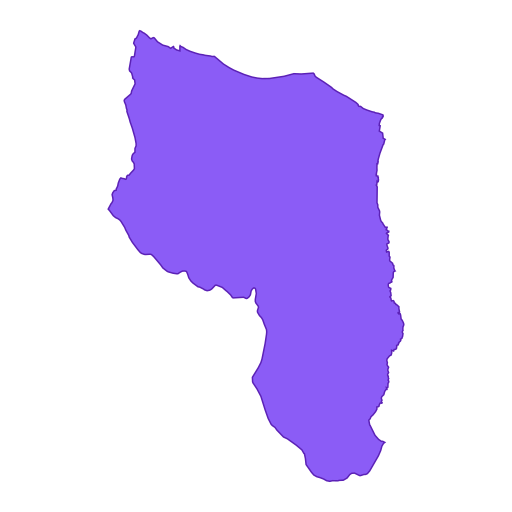 the district of Pidie Jaya, Aceh, Indonesia
{"feature_id": "22746128B77747107542596", "entity_name": "Pidie Jaya", "entity_type": "district", "adm_level": 2, "iso_a3": "IDN", "parent_name": "Indonesia", "parent_adm1": "Aceh", "projection": "equal_earth", "projection_center": [96.234, 5.105], "detail": "fine", "context": "isolated", "style": "filled", "palette": "violet", "viewbox_px": 512, "rotation_deg": 0, "n_neighbors": 0, "source": "geoboundaries", "source_scale": "gbopen_adm2", "svg_char_len": 6029}
<svg xmlns="http://www.w3.org/2000/svg" viewBox="0 0 512 512"><path d="M377.8,204.8L377.0,202.8L377.2,186.9L376.3,185.2L376.7,185.1L377.1,181.3L377.6,181.8L377.8,181.5L378.2,181.6L378.5,179.9L378.3,179.8L378.3,177.4L378.0,177.4L377.8,176.9L377.9,176.1L376.3,175.8L376.4,174.5L376.2,174.5L377.0,170.3L376.9,167.9L377.0,163.7L377.7,163.8L378.1,162.0L377.9,162.0L377.9,161.4L378.2,159.4L379.9,153.3L383.1,144.7L383.7,144.1L384.7,140.0L385.2,139.4L383.2,138.3L382.6,133.1L379.3,131.1L380.2,125.8L379.2,125.5L379.4,123.3L380.8,119.6L381.5,118.6L382.1,118.3L382.5,116.7L382.8,116.3L383.1,116.5L383.2,116.0L382.9,114.9L378.4,113.3L375.2,112.8L374.3,112.2L372.1,111.8L366.8,110.0L363.2,108.5L360.6,106.4L358.9,106.3L358.2,105.5L358.2,104.8L357.9,104.3L355.8,102.4L346.3,96.3L343.9,95.3L337.1,91.6L333.1,89.0L331.5,87.4L323.9,82.1L316.5,77.4L315.3,76.4L314.7,75.4L314.2,74.0L313.2,73.1L301.2,74.0L293.9,73.7L284.1,76.3L269.5,78.5L262.1,78.6L257.3,78.1L251.8,77.0L244.1,74.5L233.7,70.1L229.1,67.6L223.5,64.1L214.4,56.4L212.0,56.5L210.4,56.0L205.0,55.3L203.1,54.8L199.6,54.3L195.4,53.1L190.1,51.3L186.1,49.5L183.1,47.4L180.9,46.5L180.1,45.7L179.9,46.2L179.9,50.9L176.5,49.9L173.8,48.0L173.8,47.0L173.4,46.5L170.6,48.3L168.2,46.6L162.7,45.1L157.5,41.8L154.3,37.9L153.3,37.6L150.9,38.8L149.4,37.8L146.8,35.1L144.1,33.1L143.1,32.7L141.0,31.2L139.7,30.7L139.2,31.2L138.2,34.7L136.4,38.1L134.8,39.1L134.8,39.6L133.8,42.6L133.7,43.4L135.7,46.7L135.8,47.5L134.4,56.2L134.0,56.8L131.8,56.8L131.3,57.2L129.2,69.1L129.6,70.9L131.4,72.7L131.8,73.6L132.8,77.3L132.6,77.9L133.2,78.7L134.6,79.9L135.1,83.8L131.6,91.0L131.2,93.4L130.5,94.3L124.7,99.3L124.2,100.4L124.4,101.7L125.8,105.0L126.4,108.3L127.0,109.9L126.9,111.5L129.3,118.7L130.2,122.1L132.3,128.1L135.0,137.6L136.1,143.5L136.1,145.8L135.0,148.4L134.9,152.4L133.5,153.4L132.6,154.6L132.1,155.9L131.6,158.8L131.7,159.6L132.3,161.1L133.3,162.2L134.2,163.8L134.4,168.7L133.6,170.0L130.3,173.5L129.4,174.8L128.9,175.2L127.6,175.3L127.1,175.8L126.6,176.8L126.6,177.8L126.0,179.2L125.3,179.3L124.2,178.7L122.1,178.4L120.9,177.9L119.8,179.1L118.3,183.0L117.7,185.9L117.0,187.6L116.4,188.5L116.1,190.3L114.3,190.6L112.8,192.7L112.1,194.6L112.8,197.8L113.0,199.7L112.9,200.7L112.0,202.6L111.0,203.8L108.2,209.1L109.7,210.8L113.3,215.7L115.6,217.6L118.0,218.7L119.8,220.0L121.0,221.4L124.7,227.4L125.8,230.1L128.8,235.5L129.2,237.1L132.4,242.4L137.9,249.7L140.3,252.5L141.6,253.4L144.4,254.4L145.7,254.5L150.1,254.2L151.4,254.5L153.7,256.6L156.0,259.3L160.7,264.9L162.9,268.0L167.0,271.2L168.1,271.8L173.0,273.2L177.0,273.8L178.0,273.7L180.2,272.2L182.4,271.1L184.7,271.0L186.1,271.3L186.7,271.9L187.7,274.3L188.8,277.8L190.9,281.0L192.9,283.0L198.0,286.8L199.7,287.1L203.8,289.2L204.4,289.8L207.1,290.7L209.7,290.2L210.8,289.6L211.9,288.8L215.2,285.3L216.2,285.1L217.2,285.4L222.3,287.4L225.8,290.5L227.2,291.6L230.7,295.0L232.3,297.4L233.1,297.9L242.9,297.3L243.8,297.3L245.7,298.3L246.6,298.5L247.4,298.2L249.1,296.8L250.4,294.8L251.1,291.1L252.1,289.3L253.4,288.1L254.1,287.9L255.1,288.3L255.6,289.2L256.3,293.5L255.3,299.4L255.3,301.4L255.8,302.9L258.2,306.1L258.5,307.3L257.5,310.4L257.4,311.4L257.6,312.4L259.5,315.6L261.4,317.6L262.7,319.7L264.3,324.3L266.5,329.6L266.7,332.0L266.5,334.4L265.1,343.7L262.0,359.1L260.9,362.6L258.3,367.7L252.4,377.3L252.6,381.8L253.0,382.9L257.0,388.9L260.9,396.3L265.1,409.7L268.2,418.5L271.2,424.4L272.4,425.6L275.0,427.4L276.9,430.1L283.5,437.0L287.4,438.8L296.3,445.2L301.9,449.9L303.9,453.4L304.4,453.6L305.4,458.4L306.1,464.6L311.5,472.3L313.8,475.0L316.8,476.7L320.0,477.6L323.6,479.0L326.6,480.7L329.8,481.3L332.5,480.7L337.9,480.8L339.1,480.4L343.3,480.2L347.1,478.0L349.8,474.5L351.7,473.3L354.5,473.1L359.7,475.6L360.5,475.6L363.8,474.5L365.7,474.4L367.4,473.6L369.7,470.9L378.4,455.8L380.7,450.5L381.9,446.1L383.5,443.4L384.8,442.4L382.7,441.3L381.5,441.4L378.6,439.4L375.0,435.3L370.1,425.4L369.7,425.0L368.8,420.2L370.1,418.8L371.0,416.7L373.0,414.9L375.6,411.6L376.9,409.1L376.8,407.0L378.3,406.7L378.9,406.4L379.2,405.0L379.9,403.4L380.2,403.1L381.8,403.2L382.1,402.7L381.4,401.9L381.4,401.2L382.0,400.2L381.4,398.8L381.4,397.8L381.8,396.6L383.8,394.7L384.7,391.4L386.0,389.5L386.9,389.4L386.4,387.5L387.3,387.8L387.9,387.2L388.0,383.3L388.6,382.5L388.8,381.6L388.7,381.0L388.2,380.5L388.3,379.3L388.7,378.6L388.3,377.8L388.3,376.1L387.8,375.9L387.6,375.1L387.7,374.1L388.6,372.6L387.8,370.4L387.9,369.2L388.6,367.2L387.5,365.7L387.0,364.5L387.4,362.7L386.8,360.7L387.0,359.3L387.2,358.7L389.5,355.9L391.2,355.0L391.7,353.0L391.6,350.3L393.6,351.0L394.1,349.5L395.3,349.4L396.1,349.0L396.5,348.4L396.5,347.3L396.8,346.9L396.6,345.6L397.1,345.1L398.0,345.0L398.3,344.7L398.5,343.1L399.0,342.9L399.0,342.3L400.4,341.1L400.7,340.5L400.8,339.6L400.5,339.2L402.0,338.2L402.2,337.2L402.5,336.8L403.0,333.6L402.4,332.6L402.3,331.8L402.5,331.1L403.0,330.5L402.8,329.1L403.0,326.8L403.6,325.5L403.8,324.2L403.3,322.6L402.2,320.3L401.1,319.0L400.6,315.0L400.2,313.8L398.7,313.9L398.0,312.9L398.1,312.6L399.4,312.4L399.6,312.1L398.9,308.6L398.9,306.7L396.7,304.7L395.9,304.5L395.5,303.4L394.3,303.0L394.0,301.3L393.2,300.6L391.5,300.9L391.0,299.3L390.9,298.1L389.9,297.1L389.9,296.6L390.9,296.0L391.1,295.6L390.7,292.5L390.1,291.2L390.1,290.7L390.7,289.9L390.8,288.4L388.9,287.5L388.5,286.9L388.2,284.8L388.5,283.7L388.8,283.3L389.9,283.1L390.8,282.2L391.5,282.2L391.9,281.8L391.5,280.1L393.1,277.4L393.3,272.5L393.8,271.6L395.1,271.0L394.8,270.7L393.8,268.0L393.9,265.8L393.7,265.4L392.9,264.8L392.6,263.3L389.8,260.9L389.6,260.1L390.0,257.1L389.2,256.1L389.2,252.3L388.7,251.4L386.6,252.0L386.4,251.1L386.3,250.3L386.5,250.0L387.7,249.1L388.0,248.2L386.8,244.8L387.0,243.8L388.7,243.1L389.0,242.6L389.0,241.5L388.1,240.1L387.8,239.0L388.1,236.3L388.4,235.3L386.4,233.4L386.6,233.0L388.7,232.1L388.8,231.2L387.7,230.9L386.9,229.9L386.2,229.7L386.5,228.4L387.1,227.8L387.1,227.2L385.2,227.2L383.0,223.9L382.8,223.2L381.3,221.5L380.7,220.4L379.4,215.2L379.7,212.0L379.5,210.8L377.8,207.3L377.8,204.8Z" fill="#8b5cf6" stroke="#5b21b6" stroke-width="1.5"/></svg>